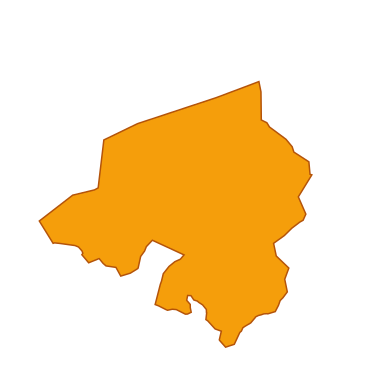 outline of Boki, Cross River, Nigeria, rotated 204°
{"feature_id": "59680162B37931278966472", "entity_name": "Boki", "entity_type": "district", "adm_level": 2, "iso_a3": "NGA", "parent_name": "Nigeria", "parent_adm1": "Cross River", "projection": "orthographic", "projection_center": [8.95, 6.249], "detail": "fine", "context": "isolated", "style": "filled", "palette": "amber", "viewbox_px": 384, "rotation_deg": 204, "n_neighbors": 0, "source": "geoboundaries", "source_scale": "gbopen_adm2", "svg_char_len": 1425}
<svg xmlns="http://www.w3.org/2000/svg" viewBox="0 0 384 384"><g transform="rotate(204 192 192)"><path d="M97.5,267.1L115.2,269.9L118.9,274.1L127.6,278.4L147.7,282.9L151.7,285.7L158.0,286.0L169.7,311.5L175.8,320.1L179.3,316.6L208.3,288.0L229.2,269.0L268.9,232.9L269.8,232.0L293.7,203.7L279.4,157.6L281.9,154.3L299.7,140.6L319.7,103.4L298.0,88.6L296.9,89.6L292.0,91.2L277.1,95.5L273.3,95.6L268.5,93.4L266.8,91.6L267.1,89.9L257.6,85.3L249.8,93.4L249.7,93.4L244.1,90.6L240.5,89.5L230.8,92.2L222.9,86.2L215.4,92.7L215.3,92.8L210.4,100.0L210.3,100.7L212.7,112.2L211.3,118.8L211.5,123.5L208.6,131.8L173.7,131.3L175.3,125.9L179.3,121.4L182.7,114.7L185.0,105.7L183.6,98.1L183.4,95.0L182.8,91.3L182.9,92.0L179.9,74.2L176.2,74.4L168.4,74.0L166.3,74.0L162.3,76.9L158.5,78.2L148.4,77.7L146.4,78.7L143.8,81.8L146.5,85.6L147.9,88.6L152.8,90.9L153.9,95.7L150.8,96.9L146.4,94.1L142.8,94.5L140.8,93.9L136.4,93.2L131.1,90.5L129.8,87.8L129.5,87.7L127.4,81.1L125.2,80.7L115.2,76.3L108.6,76.8L106.9,68.0L105.9,67.4L98.2,63.9L91.4,70.1L91.2,83.1L90.3,85.0L90.3,88.7L88.8,91.1L85.1,96.3L83.2,102.8L83.2,103.5L82.9,104.0L81.1,106.2L78.8,108.0L76.8,109.9L73.9,111.4L73.2,111.5L67.3,116.6L66.9,123.6L67.3,128.7L65.9,132.4L64.3,139.5L71.8,150.0L72.6,161.9L89.0,167.8L96.6,178.3L89.9,189.8L86.1,199.5L81.3,208.3L79.0,211.4L79.0,218.1L92.9,230.8L89.5,256.4L91.4,256.2L97.5,267.1L97.5,267.1Z" fill="#f59e0b" stroke="#b45309" stroke-width="1.5"/></g></svg>